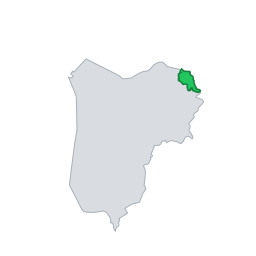 Dihok highlighted on a map of Iraq, rotated 58°
{"feature_id": "IRQ-3046", "entity_name": "Dihok", "entity_type": "Province", "adm_level": 1, "iso_a3": "IRQ", "parent_name": "Iraq", "parent_adm1": "", "projection": "mercator", "projection_center": [43.4, 37.034], "detail": "fine", "context": "in_parent", "style": "filled", "palette": "green", "viewbox_px": 256, "rotation_deg": 58, "n_neighbors": 0, "source": "natural_earth", "source_scale": "10m", "svg_char_len": 4991}
<svg xmlns="http://www.w3.org/2000/svg" viewBox="0 0 256 256"><g transform="rotate(58 128 128)"><path d="M106.5,51.2L108.1,50.8L111.1,48.3L112.8,46.0L113.4,45.8L114.9,46.5L116.0,46.7L118.6,45.9L120.1,46.3L121.4,46.9L122.2,47.0L125.6,48.4L126.5,48.6L128.3,48.8L130.9,48.8L132.6,47.9L133.8,47.0L134.7,47.0L135.5,47.2L136.2,47.6L136.8,48.3L137.1,49.3L137.0,52.4L137.2,53.2L137.7,53.8L138.3,53.9L139.0,53.3L140.3,52.3L141.8,51.2L143.0,50.2L143.6,49.8L144.7,49.9L145.7,50.1L146.3,50.5L146.8,52.2L148.2,57.6L149.0,58.3L149.9,58.9L150.5,59.7L150.7,60.5L150.7,61.8L150.7,63.3L151.0,64.4L151.6,65.2L152.0,65.7L152.7,65.7L153.6,65.9L154.2,66.8L156.0,72.9L156.1,73.8L156.9,74.0L158.2,73.9L159.5,74.5L160.8,75.5L162.1,77.4L163.0,77.7L165.7,77.4L169.5,77.7L171.2,78.7L171.1,79.3L169.7,80.0L167.3,80.7L166.6,82.1L166.2,83.8L166.3,84.7L166.9,85.8L168.6,87.9L168.7,88.6L169.0,89.7L169.3,90.4L168.9,91.8L167.4,92.8L165.4,93.8L161.4,98.4L161.1,99.4L161.1,102.2L160.7,103.0L159.4,103.0L158.5,102.8L158.4,103.8L157.8,105.0L157.4,106.2L158.9,108.8L159.1,110.2L158.9,111.4L157.5,113.6L156.7,115.0L156.9,115.4L158.0,115.9L161.3,120.7L162.4,122.4L163.8,121.9L164.3,122.0L164.7,122.2L165.0,122.8L165.0,123.5L164.6,124.6L166.4,125.0L167.0,126.1L169.1,129.8L169.0,130.9L168.0,132.6L168.0,133.7L168.2,134.8L168.6,135.1L171.6,135.3L172.9,135.7L176.1,137.6L179.8,140.4L182.7,142.8L185.3,144.8L188.0,144.6L188.7,145.0L189.4,145.6L190.2,147.3L191.7,151.0L193.0,152.2L195.1,155.1L197.0,157.9L195.7,161.7L194.5,165.6L194.5,170.6L194.5,173.3L197.1,173.4L200.0,173.5L200.0,176.7L200.0,179.9L200.0,183.6L200.9,183.7L202.2,184.5L202.8,185.7L203.5,186.4L204.4,186.5L205.3,187.0L206.1,188.1L206.4,188.9L206.2,189.5L206.4,190.4L207.0,191.8L207.7,192.4L208.8,193.2L207.3,193.7L205.7,193.3L202.1,191.7L201.0,191.7L199.5,192.3L199.4,192.8L195.7,191.0L194.4,190.7L193.9,190.7L191.8,190.7L188.7,191.0L186.9,191.7L185.7,192.5L185.1,193.2L184.9,193.7L184.0,195.9L182.9,198.7L181.7,201.3L179.4,204.9L178.2,206.6L175.5,209.7L172.6,210.3L165.9,209.7L158.4,209.0L151.0,208.4L145.5,207.9L145.1,207.7L139.6,203.3L135.3,199.8L129.9,195.4L124.4,190.9L118.8,186.3L114.7,183.0L109.8,178.7L105.3,174.8L101.8,171.8L97.2,169.1L93.7,166.9L88.5,163.8L84.4,161.4L80.8,159.3L75.4,156.0L73.6,155.1L67.9,154.0L62.6,153.1L57.0,152.1L53.3,151.5L55.8,149.1L55.0,147.0L53.2,147.4L51.6,147.9L50.6,144.7L51.9,144.3L50.7,140.0L49.5,135.6L48.3,131.3L47.2,126.9L51.9,124.1L55.4,122.0L60.3,119.1L65.0,116.2L69.5,113.5L74.4,110.5L78.9,107.8L82.9,106.7L83.8,105.9L85.6,102.2L87.2,99.0L87.3,98.3L87.3,93.8L87.6,88.6L88.1,85.7L89.0,83.2L89.9,81.4L89.9,79.7L89.8,77.9L89.0,75.3L88.1,72.6L88.2,69.9L88.3,68.5L88.9,66.2L89.9,64.5L90.9,63.5L94.8,62.4L97.0,61.8L100.1,58.8L101.9,57.1L104.5,54.3L106.3,52.2L106.5,51.5L106.5,51.2Z" fill="#d9dde1" stroke="#a8b0b8" stroke-width="1"/><path d="M113.5,45.7L113.8,45.8L113.9,46.2L114.0,46.3L115.4,46.7L116.0,46.8L116.7,46.6L117.2,46.3L117.8,46.0L118.5,45.8L119.0,45.8L119.3,45.9L121.4,47.0L121.6,47.1L121.8,47.1L122.0,46.9L122.4,46.8L122.6,46.8L123.1,47.2L123.3,47.4L124.0,47.7L124.7,48.3L125.0,48.4L125.6,48.3L125.8,48.2L126.1,48.3L126.5,48.6L126.9,48.7L127.3,48.8L129.0,48.7L129.4,48.7L129.8,48.8L130.0,48.9L130.3,49.3L130.5,49.3L131.0,49.0L131.9,48.8L132.4,48.2L132.9,47.5L133.5,47.0L134.2,46.9L134.8,47.0L134.7,47.3L134.8,47.4L134.9,47.5L135.0,47.6L135.1,47.8L134.9,48.1L134.9,48.3L134.9,48.5L135.0,48.7L135.1,48.8L135.3,49.0L135.1,49.3L134.9,49.4L134.8,49.5L134.6,49.8L134.5,50.0L134.5,50.3L134.2,50.3L133.9,50.5L133.6,51.0L133.4,51.2L133.3,51.3L133.0,51.4L132.8,51.4L132.8,51.5L132.7,51.7L132.1,51.9L131.8,52.1L131.7,52.2L131.7,52.3L131.6,52.5L131.3,52.8L131.1,52.9L130.8,53.2L130.3,53.1L129.8,52.9L128.6,52.7L128.4,52.7L128.2,52.5L127.9,52.5L127.7,52.9L127.7,53.0L127.6,53.3L127.6,53.5L127.6,53.8L127.7,54.0L127.8,54.1L128.0,54.2L128.3,54.2L128.5,54.3L128.8,54.4L129.0,54.4L129.1,54.5L129.1,54.8L129.1,55.0L129.0,55.3L128.9,55.4L128.7,55.4L128.7,55.5L128.7,55.8L128.8,55.9L128.8,56.0L128.8,56.3L128.7,56.6L128.2,56.5L127.9,56.7L127.9,56.8L127.9,57.0L127.7,57.1L125.1,56.4L124.5,56.1L124.2,55.9L123.7,55.5L123.5,55.3L123.3,55.0L123.0,54.9L122.4,54.8L122.1,54.9L121.9,55.1L121.8,55.3L121.3,55.9L120.8,56.7L120.6,57.2L120.5,57.6L120.4,57.9L120.2,58.1L119.6,58.4L118.9,58.4L116.8,58.7L115.4,59.5L115.2,59.4L114.8,59.5L114.6,59.6L114.5,59.8L114.3,59.5L114.3,59.4L114.1,59.3L113.9,59.2L113.2,59.4L112.9,59.3L112.9,59.1L113.1,59.0L113.5,58.9L113.3,58.7L113.2,58.7L112.9,58.6L112.6,58.3L112.1,57.7L111.8,57.6L111.6,57.6L111.5,57.8L111.4,57.9L110.7,57.8L110.4,57.7L110.2,57.1L109.9,56.9L109.4,56.6L109.1,56.7L108.9,56.6L109.0,56.3L109.4,56.3L109.2,56.0L109.1,55.8L109.0,55.6L109.2,55.2L108.9,55.1L108.9,54.8L108.9,54.4L108.9,54.0L108.6,54.4L108.3,54.4L108.0,54.2L107.4,53.6L107.1,53.1L106.9,52.6L106.8,52.2L106.8,51.9L106.7,51.7L106.4,51.2L107.2,51.1L108.1,50.8L109.6,50.6L109.8,50.4L110.1,49.8L112.2,46.7L112.2,46.4L112.3,46.3L112.4,46.1L112.5,46.0L113.3,45.7L113.5,45.7Z" fill="#22c55e" stroke="#15803d" stroke-width="1.5"/></g></svg>